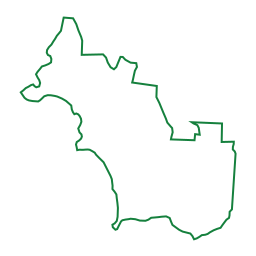 Port Dickson, Negeri Sembilan, Malaysia, rotated 2°
{"feature_id": "92858781B57188126303379", "entity_name": "Port Dickson", "entity_type": "district", "adm_level": 2, "iso_a3": "MYS", "parent_name": "Malaysia", "parent_adm1": "Negeri Sembilan", "projection": "orthographic", "projection_center": [101.849, 2.559], "detail": "fine", "context": "isolated", "style": "outline", "palette": "green", "viewbox_px": 256, "rotation_deg": 2, "n_neighbors": 0, "source": "geoboundaries", "source_scale": "gbopen_adm2", "svg_char_len": 2270}
<svg xmlns="http://www.w3.org/2000/svg" viewBox="0 0 256 256"><g transform="rotate(2 128 128)"><path d="M221.8,120.2L191.5,120.0L193.4,121.2L197.2,122.7L198.7,125.4L199.9,132.2L195.3,131.8L194.9,137.9L171.3,137.9L171.7,135.3L172.8,130.7L172.1,126.5L170.6,125.0L167.1,121.2L165.6,117.4L162.9,111.7L158.4,101.8L155.3,96.1L155.3,91.5L155.3,85.0L130.6,82.4L131.3,79.3L132.1,74.7L132.9,70.5L134.8,66.7L134.0,62.9L128.3,62.6L123.0,59.9L120.3,57.2L118.0,57.2L114.2,67.5L111.9,69.8L108.5,67.9L105.5,63.3L103.6,58.4L100.5,55.3L79.2,56.5L79.2,48.5L79.2,42.4L78.0,38.6L75.0,32.1L72.7,26.0L69.3,20.3L60.2,19.9L60.0,19.1L57.6,33.2L55.6,35.9L53.7,38.3L52.0,41.5L50.3,44.2L48.6,47.3L46.1,50.0L44.4,52.9L44.2,55.6L45.4,57.8L47.8,58.8L49.0,61.7L48.8,65.1L46.4,66.8L43.2,68.3L39.8,69.5L38.1,71.9L35.6,75.1L34.2,77.5L35.9,80.7L37.6,83.2L38.6,86.1L37.8,89.5L34.9,90.5L33.2,89.5L31.7,87.8L29.6,88.5L27.1,90.2L24.4,91.7L22.0,94.1L19.6,96.1L21.0,98.0L23.5,101.4L24.4,102.1L25.9,103.1L28.1,103.9L31.7,104.4L37.3,104.6L39.1,103.4L40.8,101.7L43.2,99.2L46.6,98.0L49.8,98.0L53.7,98.5L56.1,99.0L61.0,100.9L65.1,103.1L70.5,107.5L71.2,111.4L72.4,114.1L73.9,116.1L74.6,115.8L75.8,115.3L77.8,116.1L79.3,117.8L80.7,120.4L81.2,123.4L80.2,126.5L78.3,130.2L79.7,134.1L81.7,136.0L82.2,138.2L81.5,140.2L79.7,142.1L77.3,143.8L76.6,146.3L77.3,148.7L78.0,151.9L80.2,151.4L83.6,151.4L86.1,151.1L88.5,150.9L90.5,151.1L93.1,152.4L95.6,153.8L97.0,155.8L100.0,158.7L104.8,163.1L112.2,176.5L113.6,179.7L114.1,183.1L114.6,186.2L114.6,189.6L116.8,192.1L118.7,194.8L119.2,198.4L120.0,203.1L120.7,208.2L120.7,212.8L120.7,217.2L120.0,221.3L118.0,223.8L115.8,225.2L116.3,227.7L119.0,230.1L120.7,229.4L121.9,226.7L124.3,221.6L125.6,220.4L128.7,219.6L131.7,219.1L133.8,218.6L138.5,218.9L143.1,220.1L148.7,220.1L151.6,218.9L154.3,216.9L157.7,216.5L161.6,216.0L164.6,215.5L169.2,215.0L172.8,216.5L174.3,220.1L175.8,223.3L182.6,227.9L186.2,229.6L194.0,231.3L196.2,233.8L197.9,236.9L200.6,235.9L203.3,234.2L205.5,232.5L208.9,232.0L211.3,231.1L213.5,229.4L217.2,227.2L220.6,225.7L224.0,224.5L225.7,221.8L227.9,218.6L229.6,216.2L232.1,214.3L232.5,211.8L232.5,208.2L234.7,205.7L236.4,149.9L235.5,147.7L233.5,145.8L233.5,143.1L234.2,140.4L234.2,138.0L222.1,138.7L221.8,120.2Z" fill="none" stroke="#15803d" stroke-width="2"/></g></svg>